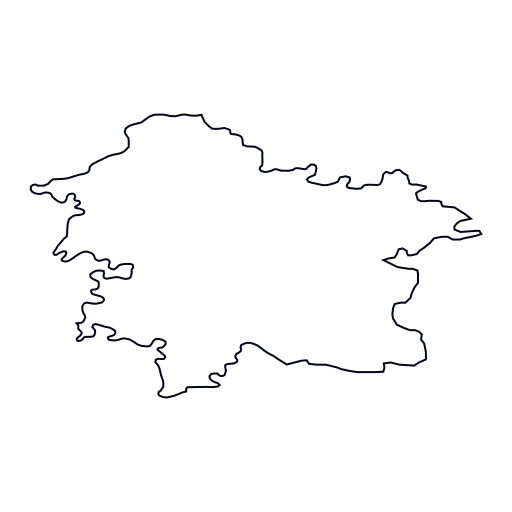 outline of Puchavičy, Minsk, Belarus
{"feature_id": "67162791B58974730621112", "entity_name": "Puchavičy", "entity_type": "district", "adm_level": 2, "iso_a3": "BLR", "parent_name": "Belarus", "parent_adm1": "Minsk", "projection": "equal_earth", "projection_center": [27.908, 53.474], "detail": "fine", "context": "isolated", "style": "outline", "palette": "ink", "viewbox_px": 512, "rotation_deg": 0, "n_neighbors": 0, "source": "geoboundaries", "source_scale": "gbopen_adm2", "svg_char_len": 5978}
<svg xmlns="http://www.w3.org/2000/svg" viewBox="0 0 512 512"><path d="M470.9,218.7L464.7,213.9L454.4,207.4L442.6,206.3L441.5,204.3L441.2,202.0L438.3,200.9L428.5,200.8L424.7,201.2L421.0,201.2L417.9,199.8L416.7,196.3L416.0,193.3L417.7,191.9L421.6,189.9L425.6,188.3L425.9,186.5L416.4,184.5L412.0,184.6L409.4,183.5L408.9,180.7L407.6,177.4L407.5,175.7L405.8,174.5L402.9,172.9L400.8,170.8L398.9,169.8L395.9,170.2L393.1,172.1L392.5,173.0L390.1,173.3L387.2,172.0L385.8,172.0L383.2,174.5L382.5,178.9L381.3,182.0L380.0,184.2L377.7,185.0L368.1,184.7L364.2,185.3L361.1,188.4L356.5,188.8L348.8,188.0L346.9,186.7L347.2,184.3L349.1,182.3L350.1,179.8L349.7,177.5L345.8,176.3L340.2,177.3L338.9,179.4L337.9,181.6L334.7,183.1L328.4,184.8L326.4,185.1L322.8,185.1L311.5,182.7L308.1,181.5L306.9,179.4L308.9,177.4L314.8,174.9L315.8,171.8L316.4,168.6L315.9,166.0L314.1,164.7L311.0,164.5L307.6,167.3L306.3,168.8L304.9,169.3L297.7,168.1L294.9,168.5L293.0,169.9L288.3,170.8L280.8,170.6L276.0,169.1L273.4,169.6L271.8,170.6L268.4,171.6L265.2,172.0L261.4,171.2L259.7,169.1L260.2,167.2L262.1,165.4L262.5,161.9L262.3,155.8L262.4,152.4L261.5,150.3L257.7,148.0L254.7,146.7L247.3,146.4L243.1,145.0L242.7,142.3L242.5,139.7L241.5,137.1L240.3,136.1L238.1,135.1L234.6,134.3L231.1,134.0L230.3,132.6L230.0,130.1L228.0,129.1L224.1,128.0L220.3,128.6L216.0,128.9L212.2,128.7L209.1,126.4L204.5,121.8L203.3,118.9L202.0,116.4L201.6,114.8L196.6,115.7L193.8,115.7L190.5,115.5L185.7,114.6L182.3,114.6L175.7,116.2L170.7,116.1L164.2,114.7L159.9,114.6L154.9,114.7L150.9,115.9L147.9,117.6L141.4,122.4L132.9,124.6L129.1,126.0L125.7,128.5L124.7,132.1L125.7,134.3L128.5,138.3L128.7,140.8L128.7,146.9L124.8,150.9L122.1,152.6L118.5,153.8L114.3,154.5L108.8,156.0L97.1,161.7L92.4,164.2L89.7,167.1L89.5,169.6L88.0,172.2L85.0,173.6L78.2,175.0L68.3,178.1L64.0,178.8L52.8,179.4L51.1,180.6L48.2,183.8L43.7,185.7L37.4,185.6L36.4,184.8L35.1,184.5L32.8,185.0L31.0,186.4L30.7,189.7L32.1,191.6L34.2,193.0L37.2,193.8L39.8,194.0L41.8,193.6L44.9,192.5L47.8,192.6L50.1,193.2L51.4,194.5L52.1,196.5L55.4,199.5L58.1,201.3L60.8,202.5L62.4,202.6L64.0,202.2L65.4,201.2L66.5,199.0L66.9,196.8L67.7,195.4L68.9,194.3L72.0,193.6L73.7,193.9L74.7,194.7L75.0,195.6L75.2,197.0L74.3,198.8L74.7,200.1L75.8,200.6L78.9,201.0L79.9,202.1L79.9,203.5L79.5,204.0L75.1,206.9L75.3,207.7L80.5,209.0L83.0,209.9L84.3,211.3L83.9,213.2L82.3,214.3L78.8,215.1L76.3,215.1L73.1,216.0L69.1,219.1L67.8,223.1L67.2,230.1L67.2,233.6L66.7,236.5L64.2,238.4L57.6,246.1L55.9,249.2L53.5,252.3L53.7,253.8L54.6,254.9L56.4,254.8L57.6,254.2L58.8,253.2L62.7,251.5L64.2,251.3L65.9,251.6L66.3,252.9L65.4,255.5L61.8,258.9L61.7,260.4L64.3,261.5L66.7,261.4L69.4,260.4L71.7,259.0L76.9,255.3L81.2,252.8L84.3,251.7L87.4,251.7L91.6,253.2L93.1,254.4L94.3,256.3L95.0,258.6L96.4,259.9L98.8,260.8L100.8,260.6L102.6,259.9L105.7,259.2L108.4,259.8L109.8,261.9L108.8,265.5L108.9,267.4L111.4,269.0L114.2,269.4L117.2,267.2L117.8,266.3L119.7,264.9L121.3,264.5L124.3,264.0L127.6,263.9L131.1,264.1L132.8,265.0L133.2,267.6L132.2,268.7L131.6,270.4L131.7,272.3L131.4,274.6L130.5,277.3L128.9,278.4L126.3,278.9L123.5,278.6L119.0,277.3L115.6,277.1L107.1,278.7L104.6,278.2L103.6,277.0L103.6,275.1L104.1,273.6L103.7,271.2L101.9,270.7L99.6,270.5L96.7,270.7L93.8,271.8L90.4,274.2L90.2,275.8L90.9,277.5L92.8,278.9L98.4,281.6L98.8,283.6L98.6,287.0L97.6,288.5L95.6,289.4L92.2,289.7L91.0,290.6L91.3,292.6L92.6,294.1L101.1,296.5L102.9,297.6L104.1,299.3L103.4,301.2L101.5,302.7L96.0,303.7L93.5,303.7L86.7,302.6L84.2,303.4L82.5,305.8L82.2,308.0L82.6,310.6L83.5,313.4L84.7,315.2L85.3,317.1L84.5,319.5L83.3,321.5L81.4,322.8L76.6,323.3L78.2,325.0L78.3,328.8L80.9,331.4L81.8,332.9L81.1,334.5L80.3,335.5L77.4,337.8L76.7,339.3L77.1,340.6L79.4,341.0L81.2,340.3L82.9,338.9L83.6,337.8L84.9,336.9L90.1,336.8L93.2,336.4L94.3,335.2L95.2,332.4L95.0,330.2L92.4,327.2L92.9,325.1L95.1,324.1L98.2,324.6L104.7,326.7L109.2,327.5L111.5,328.5L115.2,330.8L115.3,332.7L114.9,333.9L113.8,335.2L109.6,336.5L107.9,337.4L108.1,338.9L109.5,340.0L114.0,340.4L115.7,340.3L118.0,340.0L120.5,339.0L123.2,338.4L125.8,338.6L129.5,339.4L134.1,342.0L137.3,344.3L141.5,345.9L147.2,346.4L149.7,346.0L151.2,344.5L153.6,340.5L156.2,338.9L159.3,339.0L162.6,339.9L165.6,341.8L165.6,344.1L164.2,345.9L162.3,347.4L159.7,347.8L157.8,348.5L157.6,349.8L164.6,355.6L165.2,357.1L164.2,358.8L161.9,359.0L158.1,358.8L155.7,359.8L155.4,362.2L158.2,365.4L159.6,368.9L161.1,375.4L163.1,380.9L163.4,384.0L163.2,386.9L160.5,390.8L158.8,391.8L158.3,393.8L159.2,395.5L162.8,397.0L166.0,397.4L167.5,397.4L174.3,395.7L182.6,392.4L186.2,391.5L186.2,388.6L187.5,387.2L205.2,386.9L213.3,387.1L217.8,386.5L219.6,385.0L217.8,383.1L214.4,382.0L212.2,380.8L209.9,378.8L209.5,376.2L211.2,373.9L215.1,373.5L217.4,373.5L219.1,375.3L220.7,376.0L223.0,375.9L224.7,374.9L226.0,370.4L225.2,367.3L225.4,364.8L227.8,364.0L234.0,363.4L237.2,361.6L237.2,359.9L235.5,357.4L235.3,355.8L236.6,353.7L239.0,352.5L240.7,351.2L241.1,348.8L240.5,347.2L241.3,345.0L244.2,343.6L247.2,342.8L250.4,342.9L253.6,343.8L257.3,345.4L260.7,347.7L264.6,350.9L269.4,353.9L273.4,355.9L278.2,359.2L286.7,364.5L301.4,360.7L306.7,360.3L309.0,363.8L316.6,364.7L326.0,364.7L336.5,367.3L341.2,369.1L348.8,370.8L357.0,372.1L375.1,372.1L383.3,371.7L384.4,367.7L383.8,363.4L390.8,362.5L399.6,364.7L414.2,365.6L418.9,362.5L425.9,359.4L425.9,352.0L424.1,343.3L421.1,339.8L421.7,334.5L419.4,331.9L415.3,330.2L410.0,330.2L403.0,327.6L396.6,324.5L396.0,323.2L393.0,318.4L392.4,314.5L393.0,308.4L394.7,304.0L400.6,302.7L405.3,302.7L410.5,297.9L411.6,293.6L414.5,287.5L418.0,282.7L418.0,274.0L417.4,270.5L412.7,268.8L408.6,268.8L397.5,267.1L383.5,260.1L388.8,258.4L394.6,257.5L396.9,254.0L398.7,249.3L402.7,248.4L406.8,251.0L406.8,252.7L408.0,255.3L411.5,255.3L416.8,254.0L419.7,250.6L423.7,248.0L429.8,243.1L433.9,238.4L441.4,236.8L447.7,236.8L452.6,239.5L460.0,239.5L463.4,238.4L475.7,235.9L481.3,234.0L479.4,230.9L475.3,230.9L460.7,232.0L454.4,229.5L454.4,226.5L457.0,223.2L460.3,221.0L470.9,218.7Z" fill="none" stroke="#020617" stroke-width="2"/></svg>